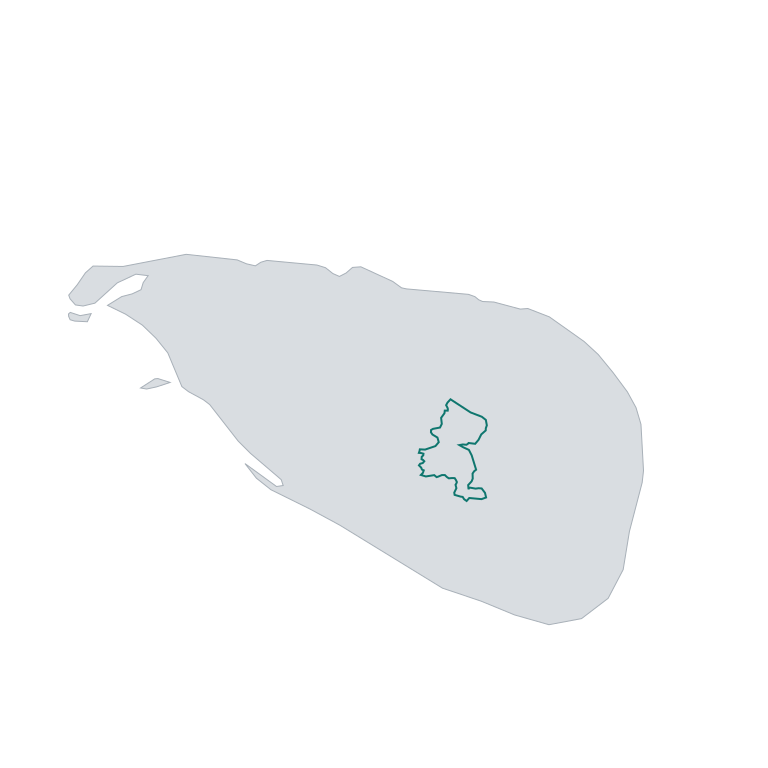 Mahanuvara on a map of Sri Lanka (Robinson projection), rotated 306°
{"feature_id": "LKA-2448", "entity_name": "Mahanuvara", "entity_type": "District", "adm_level": 1, "iso_a3": "LKA", "parent_name": "Sri Lanka", "parent_adm1": "", "projection": "robinson", "projection_center": [80.641, 7.216], "detail": "fine", "context": "in_parent", "style": "outline", "palette": "teal", "viewbox_px": 768, "rotation_deg": 306, "n_neighbors": 0, "source": "natural_earth", "source_scale": "10m", "svg_char_len": 2448}
<svg xmlns="http://www.w3.org/2000/svg" viewBox="0 0 768 768"><g transform="rotate(306 384 384)"><path d="M270.6,76.7L284.0,77.5L298.4,77.1L308.4,79.3L325.7,103.8L372.6,147.7L398.1,192.3L400.4,202.1L404.0,210.5L410.1,212.8L415.2,216.7L440.8,259.8L443.7,268.3L443.3,277.7L444.8,284.7L451.5,288.1L459.8,290.0L465.2,296.4L472.1,330.8L472.1,341.6L474.1,346.2L506.2,399.7L508.1,406.2L507.8,411.1L508.7,415.3L514.9,424.7L524.7,450.2L529.6,456.0L535.5,478.3L536.0,520.9L533.8,539.9L527.8,562.9L520.7,585.5L513.0,601.8L502.4,615.6L466.4,644.9L456.0,650.8L409.0,669.2L374.4,686.6L342.4,691.3L310.3,681.7L286.2,658.9L273.9,625.3L265.4,590.2L253.2,551.3L243.8,431.1L239.3,397.4L232.0,354.6L232.8,336.1L237.9,318.3L237.9,357.3L242.6,362.1L246.2,357.1L249.4,316.7L252.1,299.6L264.9,255.1L265.1,247.2L262.9,230.4L263.1,222.0L282.1,190.8L287.0,172.6L289.6,154.0L288.6,133.9L285.1,114.1L300.5,120.4L308.9,127.3L317.5,132.0L324.5,129.6L333.0,129.5L327.0,118.7L309.1,108.8L279.5,102.6L270.2,94.7L266.6,87.9L268.4,79.9L270.6,76.7ZM255.5,197.9L259.5,210.0L248.0,201.7L240.4,194.9L237.7,189.4L253.4,195.5L255.5,197.9ZM268.8,105.7L260.0,107.4L253.1,96.8L251.5,92.3L253.3,89.2L255.2,87.6L257.5,88.1L260.7,98.0L268.8,105.7Z" fill="#d9dde1" stroke="#a8b0b8" stroke-width="1"/><path d="M337.9,519.6L337.9,516.5L338.9,514.0L337.9,512.1L335.8,506.3L337.4,504.7L342.3,503.8L344.5,501.1L346.0,501.0L347.5,500.6L348.6,498.6L349.4,496.5L347.8,494.2L345.8,491.9L345.7,489.6L346.1,486.8L344.4,484.4L340.8,482.2L339.6,481.3L339.8,478.2L333.8,472.2L332.1,467.3L335.0,467.7L337.5,466.9L337.3,466.1L337.1,465.1L337.6,464.1L338.2,463.3L338.7,460.1L340.7,460.1L342.8,461.8L345.2,462.0L345.5,460.4L345.2,458.6L347.3,457.3L349.3,457.7L350.8,456.9L350.0,454.7L348.8,452.7L350.5,452.2L352.2,451.4L355.1,455.8L364.0,462.1L369.1,462.5L372.1,458.7L371.6,452.9L372.5,450.4L374.4,449.1L376.5,450.0L381.7,454.9L385.7,454.2L390.2,450.1L395.9,450.1L398.2,448.8L399.9,451.2L401.0,450.6L401.9,449.7L403.4,446.7L406.3,446.3L410.7,446.8L411.9,470.8L415.0,482.4L414.8,487.5L411.0,491.5L408.0,492.4L406.2,493.6L400.4,492.3L394.4,493.3L389.2,492.9L386.0,487.1L384.8,487.0L383.3,486.4L381.4,483.3L378.9,480.9L379.4,485.5L380.6,491.4L377.8,496.9L368.8,508.9L366.4,508.2L363.6,508.3L359.6,511.4L356.7,512.1L351.7,511.5L348.5,514.3L349.6,513.9L350.7,514.5L353.2,519.6L355.3,521.8L356.9,524.4L355.3,529.7L352.2,533.3L348.2,530.6L341.9,520.0L337.9,519.6Z" fill="none" stroke="#0f766e" stroke-width="2"/></g></svg>